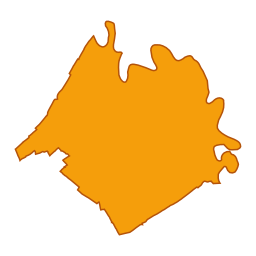 Golaiesti, Iasi, Romania
{"feature_id": "2599482B7139322777344", "entity_name": "Golaiesti", "entity_type": "district", "adm_level": 2, "iso_a3": "ROU", "parent_name": "Romania", "parent_adm1": "Iasi", "projection": "albers", "projection_center": [27.678, 47.265], "detail": "fine", "context": "isolated", "style": "filled", "palette": "amber", "viewbox_px": 256, "rotation_deg": 0, "n_neighbors": 0, "source": "geoboundaries", "source_scale": "gbopen_adm2", "svg_char_len": 5725}
<svg xmlns="http://www.w3.org/2000/svg" viewBox="0 0 256 256"><path d="M220.0,183.2L219.8,182.9L218.7,180.6L218.2,178.0L218.3,174.2L219.5,172.0L224.2,166.5L225.6,166.6L226.3,167.2L227.7,170.4L229.8,172.5L232.3,172.9L233.8,172.5L235.2,171.8L236.7,169.4L237.8,166.8L238.4,164.4L238.0,162.8L237.0,160.4L236.5,158.6L235.4,156.5L233.6,154.9L231.7,154.3L231.0,153.6L229.8,151.5L228.8,151.5L226.8,151.7L224.2,152.9L222.7,154.4L221.7,156.3L221.4,158.0L221.6,159.7L220.9,160.5L219.9,161.0L218.5,160.7L217.2,160.0L216.2,158.3L214.8,154.9L214.1,151.4L213.6,149.6L213.7,148.2L214.0,147.1L214.8,146.2L216.6,145.3L220.2,144.6L223.9,144.5L227.5,148.3L229.6,149.6L232.0,149.8L237.4,149.5L239.8,148.0L240.6,146.7L240.4,144.9L239.7,143.2L238.5,141.9L236.8,140.7L234.1,139.3L228.1,136.9L224.6,135.0L221.7,133.1L218.9,130.6L217.4,128.2L217.3,125.3L218.7,119.9L220.5,116.4L222.5,111.9L223.6,107.7L223.8,103.7L223.6,101.7L223.6,100.2L222.7,99.1L221.5,98.3L219.6,97.9L217.9,98.1L216.1,98.8L214.5,99.9L212.5,101.8L209.7,103.5L208.3,103.5L207.1,103.0L206.5,102.1L206.3,100.8L206.5,98.9L207.7,96.1L208.6,93.5L208.9,92.4L208.8,91.5L208.0,88.5L207.3,80.7L203.1,71.3L200.8,67.7L199.1,64.2L198.5,63.2L197.4,61.9L196.2,60.9L194.7,60.1L193.7,59.3L192.0,56.8L190.7,55.9L189.4,55.8L187.5,56.2L184.8,57.3L183.0,58.8L180.6,60.1L178.8,60.7L176.7,60.4L175.1,59.2L173.3,56.8L171.5,53.5L169.5,50.5L166.1,47.6L162.8,45.9L159.9,45.0L157.7,44.9L154.7,44.9L153.0,45.5L151.8,46.8L151.0,48.5L150.9,50.5L152.0,57.2L153.9,62.0L155.7,64.9L156.8,67.3L156.8,68.8L156.2,69.8L155.1,70.4L153.6,70.6L151.8,70.2L145.8,67.7L138.1,65.1L134.0,64.3L132.1,64.3L130.5,64.8L129.3,66.1L128.6,68.4L127.7,72.0L128.0,75.2L127.6,78.4L126.5,80.9L125.9,81.8L124.9,82.2L123.6,82.0L122.5,81.3L120.8,79.4L119.8,77.3L118.9,74.9L118.5,67.3L118.7,63.0L119.1,60.6L119.9,58.2L121.4,54.4L122.1,53.2L121.3,52.3L120.1,52.1L118.5,52.3L116.5,52.0L114.9,50.8L113.7,48.9L113.4,46.7L113.5,44.4L114.5,38.9L115.2,33.3L114.6,28.6L114.3,25.1L113.8,23.5L112.7,22.8L111.0,22.1L108.3,21.3L106.5,21.4L105.8,22.0L105.3,23.4L105.6,25.9L107.2,28.2L108.5,31.5L109.0,35.1L108.4,37.6L108.1,41.9L107.0,44.3L105.6,45.8L103.8,46.8L102.3,46.9L100.2,46.1L98.9,45.2L97.1,43.3L95.9,41.1L93.6,35.9L93.0,36.4L90.0,40.2L89.0,41.2L88.3,42.2L86.9,44.3L85.6,46.1L84.4,48.2L84.1,48.8L84.2,49.0L82.6,51.8L81.3,54.0L79.6,57.1L78.9,58.6L78.7,59.4L77.8,59.0L76.8,60.5L75.8,62.2L74.9,63.7L74.0,65.2L73.6,65.6L72.0,68.7L71.0,70.5L69.3,73.5L70.7,74.9L68.2,79.6L65.8,83.5L63.6,87.0L63.3,87.5L62.3,89.0L62.0,89.5L60.9,90.6L60.1,91.4L59.3,92.2L58.5,93.4L57.9,94.3L57.5,95.3L57.3,96.5L57.3,97.8L57.5,99.1L56.1,99.4L55.2,99.3L54.7,99.5L53.9,100.5L53.1,102.0L52.3,103.6L51.7,104.7L50.3,107.2L48.7,110.2L47.7,112.4L47.7,113.1L47.6,113.7L47.3,114.8L47.3,115.1L46.6,115.9L46.4,115.9L46.3,116.0L43.9,119.0L41.1,122.4L39.3,124.5L38.6,125.1L38.1,125.6L37.0,126.6L35.4,128.2L36.7,129.5L35.9,130.3L33.1,132.6L32.0,133.7L30.7,134.8L30.3,135.2L29.7,135.6L28.8,136.1L28.9,136.7L29.0,137.3L28.9,137.6L26.4,139.6L22.9,142.2L23.0,142.3L15.6,149.1L15.4,149.2L17.2,153.6L17.9,155.5L19.2,158.1L20.0,160.5L20.4,160.0L21.7,159.0L22.3,158.6L22.6,158.5L23.7,158.0L24.7,157.5L25.7,156.9L25.8,156.6L25.8,156.4L26.0,156.3L26.5,155.9L27.7,155.5L29.8,154.4L30.2,154.2L30.6,153.8L31.9,152.9L32.3,152.5L33.0,151.8L33.7,151.2L34.1,151.0L34.4,150.7L35.0,151.2L35.2,151.6L35.3,152.0L35.5,153.1L35.5,153.7L35.6,154.2L40.0,153.0L40.5,152.6L41.3,152.3L42.5,151.6L43.0,151.6L44.1,152.1L47.1,151.1L48.0,152.0L47.9,152.2L48.2,152.9L49.8,155.7L50.7,154.7L54.4,151.4L55.2,150.9L56.0,149.9L56.8,149.1L58.4,147.8L58.7,148.0L59.9,149.3L60.6,150.0L60.9,150.4L61.0,150.8L61.1,151.0L61.3,151.0L61.9,150.9L62.1,151.0L62.7,151.2L63.4,151.6L63.9,152.0L64.5,152.3L65.0,152.6L65.4,153.1L65.5,153.3L66.0,153.8L66.3,153.9L67.4,153.9L67.9,154.2L68.9,155.5L69.4,155.9L68.6,156.4L66.6,157.6L65.8,158.2L64.8,158.8L62.9,160.2L63.2,160.6L63.6,161.1L63.9,161.5L64.5,161.9L65.1,162.7L66.0,163.5L66.6,164.3L67.2,165.0L64.3,166.9L64.8,167.3L64.2,167.5L63.9,167.7L62.4,169.1L61.9,169.4L61.0,170.6L60.2,171.3L60.6,171.7L60.8,171.7L61.1,172.1L61.3,172.3L62.1,172.8L62.9,173.9L64.1,174.8L64.3,175.1L64.8,175.5L66.1,176.2L67.1,177.1L67.7,177.5L67.9,177.8L68.1,178.1L68.5,178.3L68.8,178.6L70.1,179.5L70.7,180.0L71.0,180.2L79.2,187.1L77.6,189.9L81.0,193.0L81.7,193.7L83.2,194.7L83.9,195.1L87.0,197.0L88.3,197.7L96.9,203.6L97.8,202.8L98.9,202.0L99.0,202.0L99.2,202.6L99.8,205.1L100.4,208.4L100.8,209.9L101.7,209.7L102.3,209.5L103.0,209.4L103.5,209.5L104.4,209.3L106.9,213.2L107.3,213.9L108.4,215.7L109.4,217.0L109.8,218.0L111.4,221.2L111.6,222.1L111.6,222.3L111.8,222.2L112.4,222.3L112.7,223.1L113.0,223.4L113.3,223.7L113.6,224.1L113.8,224.5L114.0,225.0L114.9,226.7L115.6,228.1L116.1,228.8L116.4,229.1L116.8,230.1L117.9,232.3L118.4,233.1L118.8,233.8L119.4,234.7L125.7,233.2L129.8,232.3L132.9,230.2L136.2,227.6L139.2,225.5L139.7,225.0L141.6,224.4L142.5,224.6L142.1,223.3L143.3,222.8L145.6,221.8L145.9,221.5L146.5,220.6L147.0,219.9L147.3,219.7L147.8,219.2L148.2,219.0L148.4,218.9L154.0,215.4L154.6,215.2L155.1,214.9L157.3,213.8L158.2,213.2L159.2,212.6L160.8,211.6L162.2,210.6L164.5,209.4L165.5,208.7L166.8,207.8L168.7,206.6L169.2,206.4L169.8,205.8L170.9,205.2L172.4,204.6L173.6,204.0L175.2,203.0L176.2,202.5L178.1,201.3L178.4,201.0L178.7,200.8L181.8,198.7L182.3,198.2L183.3,197.5L188.7,193.4L192.7,190.2L193.1,189.8L193.5,189.5L196.7,187.2L197.4,187.4L197.6,187.6L198.0,187.7L199.2,186.6L200.6,185.6L201.3,184.9L201.7,184.3L202.3,183.1L202.6,182.7L203.7,181.6L204.2,181.4L204.8,181.2L205.1,181.3L206.3,181.6L207.0,181.9L207.8,181.9L208.1,181.9L208.7,181.6L209.2,181.4L209.9,181.4L210.6,181.4L211.0,181.1L212.4,182.6L213.3,183.6L214.3,183.5L216.3,183.4L220.0,183.2Z" fill="#f59e0b" stroke="#b45309" stroke-width="1.5"/></svg>